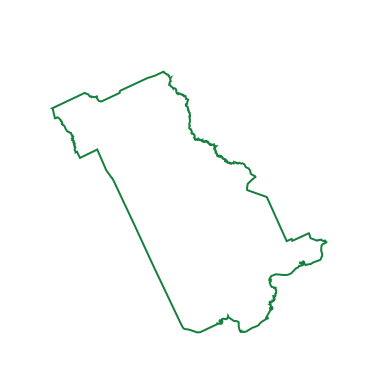 Casey, Victoria, Australia, rotated 326°
{"feature_id": "25037944B44962811090312", "entity_name": "Casey", "entity_type": "district", "adm_level": 2, "iso_a3": "AUS", "parent_name": "Australia", "parent_adm1": "Victoria", "projection": "natural_earth1", "projection_center": [145.344, -38.095], "detail": "fine", "context": "isolated", "style": "outline", "palette": "green", "viewbox_px": 384, "rotation_deg": 326, "n_neighbors": 0, "source": "geoboundaries", "source_scale": "gbopen_adm2", "svg_char_len": 6048}
<svg xmlns="http://www.w3.org/2000/svg" viewBox="0 0 384 384"><g transform="rotate(326 192 192)"><path d="M235.6,76.3L226.0,74.8L219.2,72.7L189.2,67.9L188.1,68.4L187.5,69.4L167.5,66.3L165.9,64.7L165.6,62.9L165.7,61.7L165.6,61.0L165.9,60.2L166.5,60.0L166.6,59.5L164.5,59.1L162.6,57.3L161.7,57.1L161.8,56.2L160.7,55.7L160.5,52.8L159.3,51.4L158.6,49.9L122.8,44.4L123.1,45.1L119.6,54.2L120.5,54.7L121.9,54.7L122.5,55.3L123.1,56.9L123.1,58.3L123.4,58.7L123.0,60.2L123.4,60.6L123.1,61.3L123.1,62.1L122.6,62.3L122.7,62.6L122.1,63.1L122.5,63.8L122.4,64.2L122.7,64.5L123.1,66.2L122.5,69.1L122.6,70.2L122.5,71.8L122.9,72.7L123.5,73.2L123.5,73.7L123.8,74.1L124.1,75.0L124.6,75.5L124.4,75.8L124.3,77.2L124.5,78.0L124.1,78.0L124.1,78.8L123.8,79.1L124.1,79.5L123.5,79.6L123.5,80.6L122.5,80.7L122.7,81.0L122.2,81.6L122.5,81.4L122.7,81.6L121.7,82.0L122.3,83.0L122.0,83.1L122.2,84.0L121.6,84.5L122.1,84.8L121.8,85.6L121.8,86.4L121.0,86.4L121.1,87.0L120.9,87.5L120.4,87.6L120.3,89.4L119.9,89.3L119.8,90.2L118.5,91.0L118.2,91.8L118.1,93.3L117.6,94.1L119.2,94.3L118.2,101.1L137.2,103.8L133.1,125.9L133.3,135.2L133.6,135.4L133.3,139.0L125.8,187.4L119.0,229.3L109.3,293.6L108.7,298.0L108.7,299.8L109.1,301.3L112.6,304.4L117.7,311.2L120.3,312.8L139.1,315.7L139.5,315.1L140.2,315.9L140.7,316.0L140.8,316.5L142.8,317.7L143.4,317.0L143.1,316.1L143.6,315.9L143.7,315.5L143.7,315.2L142.7,314.6L142.7,314.4L143.8,314.5L144.3,315.0L144.6,316.5L145.0,316.1L145.0,315.6L144.6,314.5L145.2,314.8L145.7,314.2L147.2,314.6L149.1,316.5L149.6,316.7L150.8,316.5L152.5,315.0L152.2,316.4L153.9,320.3L154.0,321.1L154.9,322.6L156.6,323.8L157.9,325.7L157.8,326.2L155.6,329.4L154.1,333.5L154.2,334.6L155.0,334.7L154.4,335.4L156.1,336.5L157.0,336.0L156.5,336.8L156.9,337.2L158.9,338.0L166.0,338.3L170.9,339.5L173.1,339.6L174.7,338.9L177.0,338.6L182.6,338.8L184.2,339.2L184.5,338.6L184.0,337.9L183.1,337.9L183.1,337.7L190.9,333.8L191.5,332.5L192.1,334.0L192.7,334.0L193.7,333.4L194.0,332.3L192.9,332.0L193.5,331.1L193.5,330.5L193.8,330.0L193.7,329.6L194.0,329.4L193.6,328.7L194.5,328.8L194.6,328.4L194.3,328.1L194.9,327.9L194.8,326.7L195.5,326.6L195.7,327.2L196.9,327.7L197.6,327.6L198.0,326.9L198.5,327.2L198.3,327.8L199.6,327.7L200.5,327.0L200.3,326.1L200.8,326.0L200.8,325.6L201.2,325.5L201.1,325.0L201.4,325.1L201.7,324.7L201.6,324.0L202.9,324.8L203.8,323.9L204.1,323.0L205.0,322.9L206.3,321.4L206.8,320.5L206.7,320.1L207.1,319.5L207.1,318.6L207.6,318.2L207.1,317.9L207.1,317.6L206.5,317.7L205.9,316.1L205.0,315.2L204.9,313.7L205.5,311.7L205.5,311.0L205.9,310.3L206.9,310.2L207.2,309.6L207.6,309.8L207.9,309.0L208.2,308.8L206.9,308.2L207.5,307.4L210.8,306.0L215.6,307.1L216.4,308.0L217.3,308.5L221.7,312.2L225.0,314.2L228.7,314.9L235.9,313.4L237.7,313.9L239.6,313.1L239.9,313.6L240.7,313.6L241.6,314.3L243.6,314.5L243.9,313.7L242.7,312.8L242.8,312.1L241.9,311.3L242.1,310.9L243.0,311.5L243.8,312.8L245.1,311.7L245.4,311.8L244.5,313.1L244.7,313.5L245.3,313.5L244.7,314.3L245.3,314.8L245.4,316.2L246.6,316.4L250.2,318.1L253.1,318.2L260.1,319.9L261.0,319.8L262.9,318.4L264.1,317.9L265.6,315.5L266.2,312.9L269.1,309.2L270.2,308.5L271.4,308.3L274.4,308.9L275.3,308.7L274.7,307.7L275.3,307.0L275.2,306.6L274.0,306.4L273.3,305.8L272.5,304.3L272.5,303.7L271.2,303.4L270.7,302.8L269.7,302.4L268.9,302.5L268.4,302.2L264.5,296.6L264.8,294.8L265.3,294.2L265.8,291.5L247.9,288.6L248.3,286.6L243.0,285.7L251.2,238.0L238.8,221.3L239.7,219.7L242.7,216.4L249.0,215.3L253.0,215.0L253.0,213.9L251.6,211.6L250.9,209.5L252.2,207.0L252.1,204.2L250.5,201.4L250.9,198.3L250.0,196.6L248.8,195.9L248.0,195.1L247.8,194.4L246.1,194.1L245.6,193.6L245.9,193.3L245.7,192.9L245.1,193.0L244.4,191.5L243.7,191.0L243.1,191.3L243.2,190.7L242.3,191.1L241.4,190.6L240.2,190.5L239.9,190.1L240.3,189.9L240.2,189.4L239.7,189.1L239.6,188.7L238.9,188.7L238.0,187.8L237.9,187.4L238.4,187.3L238.3,186.3L238.0,186.8L237.7,186.7L237.6,186.0L237.2,185.9L236.9,185.1L237.1,184.8L236.8,184.6L237.4,184.1L237.7,183.5L237.6,182.9L236.5,182.1L236.6,181.7L236.3,181.4L236.6,181.0L236.5,180.1L236.2,179.9L236.5,179.7L236.3,179.2L236.5,178.9L236.0,178.2L235.4,178.3L235.6,177.8L235.1,177.2L234.7,177.4L234.6,176.9L234.1,176.9L233.8,177.3L233.4,176.9L233.1,176.1L233.5,175.9L233.9,174.7L233.7,174.2L234.1,173.4L234.1,173.1L233.8,173.2L233.5,172.7L234.6,171.8L234.2,171.4L234.9,170.1L234.7,169.7L235.0,169.4L234.5,168.6L235.0,168.1L235.8,168.1L237.6,167.6L237.2,167.4L237.0,166.7L236.2,166.5L236.4,166.2L236.2,165.5L236.8,164.8L234.0,163.7L233.5,163.2L233.8,162.9L233.3,162.8L233.1,162.0L233.5,161.6L233.2,161.3L233.2,160.6L232.8,160.4L232.5,159.4L233.3,159.1L233.2,158.9L232.5,158.8L232.5,157.7L231.8,157.3L231.4,157.6L231.0,157.2L230.8,157.6L229.8,157.2L229.5,156.7L229.8,156.2L228.9,155.6L229.7,154.6L229.1,154.6L228.7,154.1L228.5,154.4L228.1,153.7L227.2,153.1L227.3,152.4L226.1,152.1L226.5,151.4L226.1,151.5L225.4,150.8L224.8,150.7L224.4,151.0L223.8,150.2L224.4,149.2L224.1,148.1L225.0,147.8L225.6,147.1L225.9,146.0L225.7,145.6L225.7,144.4L224.8,144.0L224.4,143.2L224.6,142.7L225.0,142.7L225.8,141.5L225.8,140.3L226.2,139.8L225.8,139.5L225.9,139.2L225.3,137.7L226.1,136.7L227.2,135.9L227.0,135.5L227.6,134.4L229.9,132.2L231.0,130.3L231.0,129.9L231.8,129.0L232.0,128.0L232.5,128.2L232.9,127.8L234.1,125.6L234.4,124.9L234.0,124.2L234.6,123.2L234.3,122.2L235.2,121.6L235.3,119.9L235.8,119.6L236.1,118.8L235.2,117.3L235.8,116.5L235.8,116.0L236.1,115.8L237.2,116.2L238.4,114.8L240.4,113.3L240.4,113.0L239.1,111.4L240.3,108.9L240.2,108.6L239.2,108.4L238.8,108.0L238.9,107.6L238.6,106.7L238.9,106.5L238.2,106.1L237.9,105.6L238.1,105.2L237.4,104.6L237.3,104.1L236.7,103.9L236.4,102.9L235.2,103.1L235.1,102.4L235.4,102.1L234.6,101.7L235.3,99.4L236.0,98.9L236.1,97.4L235.7,96.4L235.3,96.3L234.7,95.6L234.3,95.8L234.5,94.9L233.8,93.3L233.6,91.7L233.0,90.9L233.0,90.3L234.1,89.8L234.2,89.1L234.6,88.8L235.4,88.3L236.2,88.4L236.3,88.1L236.2,87.8L236.6,87.5L237.0,86.1L238.1,85.5L237.9,85.5L237.5,83.5L237.8,83.0L237.5,82.7L237.8,81.7L237.4,80.8L237.0,80.7L236.3,78.8L235.7,77.8L236.0,77.4L235.6,76.3Z" fill="none" stroke="#15803d" stroke-width="2"/></g></svg>